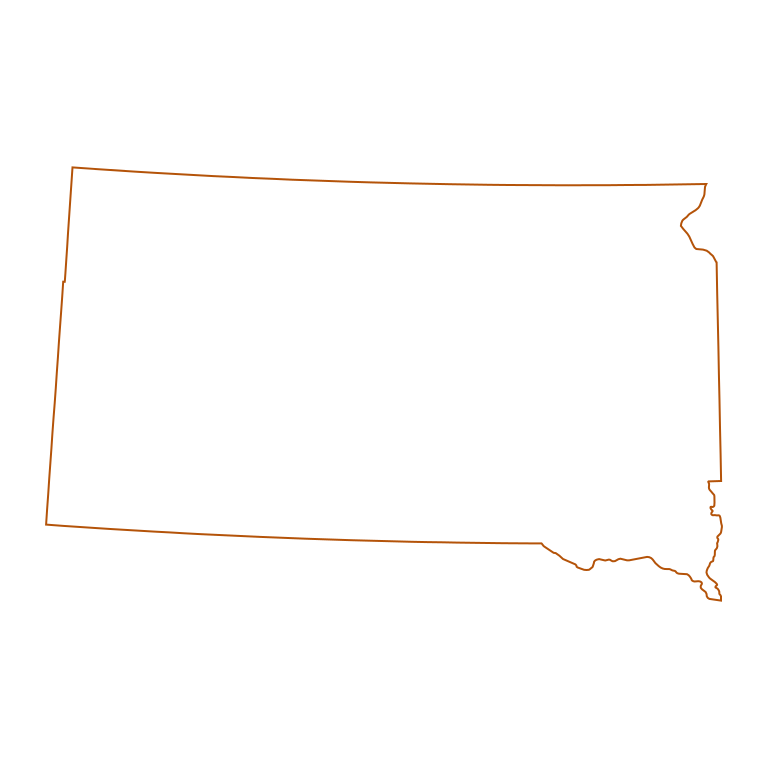 South Dakota, Albers equal-area conic projection
{"feature_id": "USA-3534", "entity_name": "South Dakota", "entity_type": "State", "adm_level": 1, "iso_a3": "USA", "parent_name": "United States of America", "parent_adm1": "", "projection": "albers", "projection_center": [-98.157, 44.23], "detail": "fine", "context": "isolated", "style": "outline", "palette": "amber", "viewbox_px": 768, "rotation_deg": 0, "n_neighbors": 0, "source": "natural_earth", "source_scale": "10m", "svg_char_len": 4198}
<svg xmlns="http://www.w3.org/2000/svg" viewBox="0 0 768 768"><path d="M64.7,281.8L64.9,280.3L65.4,273.3L66.3,259.7L67.2,246.5L68.0,233.3L68.9,220.1L69.8,206.9L70.7,193.7L71.6,180.6L72.5,167.4L95.0,169.0L114.7,170.3L134.4,171.6L154.1,172.8L173.8,173.9L193.5,175.0L213.2,176.1L232.9,177.0L252.6,178.0L272.3,178.8L292.0,179.7L311.7,180.4L331.4,181.1L351.2,181.8L370.9,182.4L390.6,182.9L410.3,183.4L430.1,183.8L449.8,184.2L469.5,184.5L489.2,184.8L509.0,185.0L528.7,185.1L548.4,185.2L568.2,185.3L587.9,185.2L607.6,185.2L627.3,185.0L647.1,184.9L666.8,184.6L686.5,184.3L706.3,184.0L705.7,185.2L705.5,185.7L705.2,186.4L705.0,187.0L704.4,194.4L703.8,196.5L702.2,199.7L699.8,205.8L699.4,206.3L698.8,207.3L698.0,208.2L695.7,210.1L689.6,213.9L688.7,214.7L686.8,216.9L683.7,219.3L682.9,220.0L682.3,220.8L681.3,223.3L680.9,225.9L683.3,229.0L687.5,233.8L689.3,236.6L692.6,243.9L694.5,247.5L696.3,249.0L703.0,249.6L706.7,250.7L709.2,252.5L710.2,253.6L712.2,255.3L713.1,256.2L715.5,260.7L716.1,261.9L716.6,262.3L716.7,267.1L717.2,293.8L717.8,320.6L718.4,347.3L718.9,374.1L719.5,400.8L720.0,427.5L720.6,454.3L721.1,481.0L708.6,481.4L708.3,481.7L708.5,482.6L708.9,483.2L709.1,484.0L709.1,484.9L709.0,486.2L708.9,487.3L709.0,488.3L709.4,489.4L709.9,490.1L711.5,491.9L712.3,492.9L713.8,494.6L714.2,495.1L714.4,496.4L714.5,502.7L714.3,505.7L714.0,506.1L713.7,506.5L713.2,506.8L712.6,507.0L711.3,506.8L710.7,506.9L710.5,507.5L710.6,508.3L711.4,509.6L712.0,510.2L712.5,510.7L712.6,511.1L712.4,511.5L711.6,512.5L711.4,513.0L711.3,513.6L711.4,514.3L712.0,514.9L712.7,515.2L713.4,515.2L714.8,515.1L716.8,515.4L717.4,515.4L718.3,515.3L718.9,515.4L719.4,515.6L719.8,516.1L720.0,516.6L720.4,517.9L721.2,523.2L721.5,524.4L721.8,525.4L721.9,526.1L721.9,527.1L721.1,532.0L720.8,532.9L720.4,533.6L717.5,536.5L717.3,537.1L717.3,537.8L717.7,538.5L718.1,538.9L718.2,539.3L718.3,539.8L718.1,540.7L717.6,542.3L717.2,543.0L717.1,543.4L717.2,543.8L717.4,546.2L717.0,547.7L716.7,548.4L715.1,550.3L715.0,550.6L714.9,551.5L714.8,554.8L714.6,555.7L714.4,556.3L714.1,556.6L713.7,557.0L713.5,557.6L713.4,558.3L713.3,559.9L713.2,560.6L713.0,561.1L712.6,561.3L711.3,561.9L711.0,562.1L710.6,562.5L710.3,562.9L710.0,563.4L709.8,564.1L709.6,564.8L709.4,565.4L709.2,565.9L707.8,568.0L707.1,569.7L706.7,570.9L706.5,572.6L706.8,573.5L707.2,574.8L708.7,577.0L709.5,578.0L710.3,578.7L715.1,582.2L715.9,583.0L716.7,583.8L716.9,584.3L717.1,584.8L716.8,585.3L715.8,586.2L715.7,586.3L715.5,586.8L715.4,587.1L715.6,587.5L717.1,588.4L717.6,588.7L717.9,589.1L718.3,589.6L718.9,590.7L719.2,591.4L719.3,592.1L719.3,593.1L719.4,593.9L719.8,594.5L720.3,594.9L721.0,596.3L721.0,600.6L709.4,598.9L707.8,597.9L706.8,596.3L706.5,593.9L705.6,592.0L701.9,589.2L700.8,587.8L700.7,586.2L701.1,585.2L701.7,584.3L701.9,583.2L701.4,582.3L700.4,581.6L699.1,581.3L698.2,581.2L694.5,581.5L693.3,581.2L692.2,580.6L691.7,580.0L691.4,579.1L690.8,578.0L689.8,576.5L688.6,575.2L687.0,574.2L678.9,573.7L677.3,573.2L676.3,572.4L675.7,571.5L674.8,570.9L672.4,570.4L670.4,569.4L669.5,569.1L664.8,569.0L662.7,568.5L660.6,567.5L658.7,566.1L655.4,563.1L652.7,559.5L651.2,558.1L649.3,557.2L647.1,556.9L629.3,560.3L626.9,560.3L620.4,558.7L618.4,559.2L615.0,561.1L612.9,561.3L611.8,560.9L610.0,559.8L608.9,559.6L605.2,560.5L599.1,559.1L596.9,559.6L595.8,560.1L594.8,560.8L594.1,561.8L593.8,563.4L592.7,566.7L592.3,567.3L591.8,567.6L589.9,569.2L588.9,569.8L586.5,570.0L584.1,569.8L577.7,567.5L576.7,566.8L576.3,565.4L575.4,564.4L563.0,559.0L559.4,555.7L555.7,553.1L555.2,553.0L554.1,552.9L553.6,552.8L544.2,546.5L543.5,545.9L541.8,543.7L541.5,543.4L541.0,543.4L533.3,543.4L518.1,543.3L503.0,543.2L487.8,543.0L472.6,542.8L457.4,542.6L442.3,542.3L427.1,542.1L411.9,541.8L396.8,541.4L381.6,541.0L366.4,540.6L351.3,540.2L336.1,539.7L320.9,539.2L305.8,538.7L290.6,538.1L275.5,537.5L260.3,536.9L245.1,536.2L230.0,535.5L214.8,534.8L199.7,534.1L184.5,533.3L169.4,532.4L154.2,531.6L139.1,530.7L123.9,529.8L108.8,528.9L93.6,527.9L78.5,526.9L63.4,525.9L46.1,524.6L47.1,509.4L48.2,494.3L49.2,479.1L50.3,463.9L51.4,448.7L52.4,433.5L53.5,418.4L54.7,403.2L55.8,388.0L56.8,372.8L57.9,357.6L58.9,342.4L60.0,327.2L61.1,312.2L62.2,296.9L63.2,281.7L64.7,281.8Z" fill="none" stroke="#b45309" stroke-width="2"/></svg>